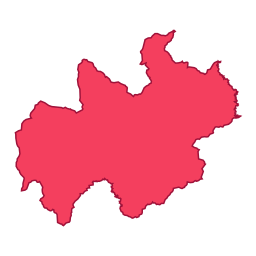 the district of Frontino, Antioquia, Colombia
{"feature_id": "7082276B55933197621379", "entity_name": "Frontino", "entity_type": "district", "adm_level": 2, "iso_a3": "COL", "parent_name": "Colombia", "parent_adm1": "Antioquia", "projection": "mercator", "projection_center": [-76.301, 6.705], "detail": "fine", "context": "isolated", "style": "filled", "palette": "rose", "viewbox_px": 256, "rotation_deg": 0, "n_neighbors": 0, "source": "geoboundaries", "source_scale": "gbopen_adm2", "svg_char_len": 5786}
<svg xmlns="http://www.w3.org/2000/svg" viewBox="0 0 256 256"><path d="M174.1,30.4L173.3,30.5L172.8,31.3L168.8,33.2L167.5,34.9L165.4,35.8L163.7,35.4L161.3,35.4L157.5,33.6L155.0,33.6L152.4,35.9L151.1,37.8L148.2,38.0L145.1,39.6L143.0,47.9L142.3,49.6L140.6,51.5L140.7,52.6L141.9,54.1L142.4,60.6L140.2,64.0L141.9,64.6L146.0,63.0L145.4,65.1L148.9,68.8L148.5,69.6L146.8,70.1L146.4,72.8L148.5,76.6L149.9,77.4L149.5,78.1L151.4,81.0L151.1,83.1L149.3,83.9L148.7,85.0L146.4,86.0L144.2,87.8L142.1,92.5L140.5,94.2L139.4,94.0L137.5,94.9L135.1,94.6L134.4,94.9L133.5,96.5L133.0,96.2L130.6,94.0L127.8,92.8L126.8,92.0L127.3,87.9L126.7,86.9L125.6,86.4L125.4,85.5L120.9,83.7L118.3,82.0L114.0,82.7L111.1,82.2L109.3,78.9L106.5,76.6L105.4,77.2L104.4,74.5L102.8,72.8L100.3,71.4L98.6,71.4L97.0,70.8L95.7,68.1L93.9,66.6L93.0,63.7L92.1,62.7L87.9,61.5L86.7,59.7L85.5,59.9L84.8,59.4L83.5,59.4L82.2,60.4L82.4,61.5L81.5,62.8L78.6,64.8L77.8,69.5L78.9,72.4L78.4,74.1L78.5,76.7L77.5,79.5L78.2,85.0L79.9,89.2L80.2,97.9L79.7,100.4L83.1,104.7L82.1,106.6L82.2,107.7L82.9,108.9L82.3,109.9L76.3,113.0L74.7,110.9L70.7,109.5L70.5,109.0L69.5,109.1L67.0,108.4L65.3,107.3L63.0,108.4L61.7,107.6L51.8,106.6L48.7,105.5L44.8,102.8L40.7,101.1L38.4,103.0L37.8,104.4L35.3,105.2L34.6,108.6L30.8,113.1L30.2,115.4L30.5,116.8L31.4,118.1L26.1,119.5L23.8,121.1L21.9,123.8L21.4,129.9L18.5,130.8L15.4,132.7L15.8,134.2L15.9,138.1L16.8,143.9L17.7,146.1L19.2,147.8L19.9,153.7L19.2,155.9L17.2,159.0L17.2,160.7L16.3,162.4L16.2,166.4L17.9,169.5L19.3,170.5L19.7,172.4L20.9,174.5L23.9,177.5L24.2,178.7L23.0,183.4L23.0,186.5L21.7,188.7L21.5,190.8L25.0,190.1L26.7,188.9L29.0,182.7L30.7,182.2L32.0,180.8L34.4,180.3L36.0,180.4L37.2,182.2L38.6,182.2L39.6,181.6L42.7,187.1L42.2,189.8L42.4,192.1L42.9,193.7L44.1,195.5L43.1,197.3L40.7,198.9L40.0,200.5L41.8,201.8L42.2,203.8L43.3,205.1L43.7,206.8L44.9,208.0L46.8,208.1L47.6,209.4L50.2,210.8L51.8,210.5L52.7,209.4L53.8,209.9L54.0,212.0L54.7,212.7L56.2,213.2L57.1,214.5L57.6,222.5L60.7,224.0L61.9,224.1L62.4,225.0L63.5,225.6L66.2,222.9L69.3,222.1L70.0,221.0L70.4,217.3L71.2,215.5L71.0,213.2L71.8,212.1L71.5,211.1L71.9,208.5L74.0,207.3L73.1,205.5L73.1,204.0L75.1,201.2L77.8,199.0L80.4,195.5L80.2,193.7L82.9,193.7L84.4,191.7L85.6,190.8L87.1,190.4L86.6,188.7L88.3,187.9L89.6,187.9L89.1,185.5L93.1,184.9L93.1,182.8L92.5,182.3L93.2,181.3L95.3,181.5L96.1,180.9L97.0,181.7L97.8,181.2L99.4,181.3L101.8,180.4L102.9,179.1L104.1,179.8L104.7,178.5L106.4,180.0L107.5,179.9L108.1,181.6L108.8,182.4L109.9,182.7L110.6,183.6L112.4,183.6L111.9,184.1L112.4,185.8L111.8,186.6L111.3,186.5L111.3,187.1L112.8,188.6L111.9,189.1L112.2,190.1L111.3,191.2L111.8,191.9L113.1,191.6L113.2,192.6L114.2,192.6L114.7,193.2L114.8,194.5L115.5,194.7L115.8,195.2L115.0,196.6L116.2,197.1L117.6,195.4L117.9,195.9L117.3,197.6L118.2,197.7L119.2,198.5L120.4,198.3L120.9,198.9L120.4,201.3L119.4,201.4L119.8,202.2L119.5,203.0L120.5,203.4L121.0,204.7L122.0,204.9L122.1,205.3L121.8,206.3L120.5,206.3L120.0,208.5L121.2,211.5L122.7,212.3L123.2,214.2L124.7,215.1L127.6,215.6L128.4,216.4L130.4,216.9L132.2,218.1L133.3,217.9L135.4,216.7L136.7,217.5L138.9,216.6L139.3,215.0L141.7,214.0L142.2,212.8L142.3,209.3L145.0,208.5L145.7,206.1L147.8,204.2L148.9,204.6L151.0,203.9L151.9,203.3L152.6,202.0L153.5,203.0L154.9,202.9L156.6,204.5L157.5,204.2L159.8,204.7L161.4,203.4L163.7,203.4L165.2,199.5L167.0,198.0L167.8,196.4L169.9,194.6L170.6,193.1L172.5,191.5L173.2,190.0L173.4,188.4L178.8,187.2L181.4,188.4L182.5,188.4L183.6,187.5L184.5,187.4L184.8,186.4L186.3,185.3L187.0,184.4L187.3,182.0L190.3,182.6L193.0,182.3L195.0,180.7L195.8,180.6L196.1,181.2L196.8,181.2L198.7,180.5L200.1,179.2L202.2,178.9L201.2,177.2L203.3,171.5L202.0,168.7L205.4,164.1L204.5,163.6L204.6,162.2L203.1,160.2L198.6,158.9L198.0,151.5L199.2,149.7L197.4,149.0L196.9,148.2L194.4,147.5L192.2,146.1L192.9,144.3L194.8,141.9L195.8,139.6L198.0,138.9L199.3,139.3L201.4,137.2L204.3,136.7L206.8,136.9L208.1,136.7L210.1,134.1L213.0,133.2L213.4,132.4L213.0,131.8L213.1,130.4L215.1,127.2L216.1,126.8L219.0,127.2L220.2,126.4L222.9,127.0L224.0,125.3L228.5,124.3L230.9,122.4L231.9,121.2L232.2,119.1L233.7,117.9L236.1,118.0L238.6,117.5L240.6,116.1L239.9,115.9L238.3,116.3L237.8,115.2L237.0,115.1L236.5,115.6L236.8,116.4L236.4,117.0L234.6,115.6L235.7,113.9L235.0,113.4L235.1,112.1L236.0,111.8L235.1,109.8L234.3,109.7L234.3,109.1L234.9,108.2L235.8,108.3L235.5,107.4L235.8,105.8L236.6,105.5L237.7,105.8L238.3,105.0L237.8,104.5L237.9,103.8L237.1,103.8L235.9,102.4L235.1,102.2L234.5,101.6L235.8,101.2L236.7,101.4L237.1,100.9L236.2,99.4L235.4,98.9L236.1,98.3L236.1,97.7L235.4,97.2L235.8,96.6L235.6,95.5L234.8,95.8L234.4,95.1L235.1,94.0L236.1,94.6L236.5,94.0L237.0,94.0L236.3,92.7L236.9,92.1L237.4,92.6L237.8,91.9L236.3,90.9L236.1,89.7L235.0,89.4L234.4,90.1L233.8,90.1L232.1,88.0L231.9,86.5L229.7,85.4L229.6,84.6L228.5,84.3L228.8,83.0L227.8,82.2L228.7,80.4L227.5,79.8L227.1,78.9L225.2,79.3L224.6,78.0L223.7,78.9L223.6,77.7L223.1,77.5L223.6,76.9L222.9,76.6L223.3,76.1L222.3,76.2L222.3,75.3L221.4,74.7L221.0,75.1L220.4,74.5L219.9,74.5L220.1,73.5L218.2,71.5L218.0,70.7L218.5,70.4L218.9,69.0L217.6,67.0L218.3,66.2L217.8,65.9L218.0,65.1L216.8,65.4L216.7,65.1L217.7,64.5L218.2,61.8L218.6,62.6L219.9,62.6L220.5,62.2L220.6,61.5L219.3,61.9L218.4,61.3L217.6,61.3L214.5,62.7L213.1,64.4L210.3,69.2L207.6,69.9L206.8,72.9L205.1,74.3L204.4,74.3L204.0,73.5L200.3,72.7L199.3,71.2L197.5,70.5L196.1,68.6L194.3,67.7L189.6,67.0L188.4,67.0L187.5,67.5L187.9,63.4L187.8,62.6L187.3,62.3L186.0,62.3L184.0,63.0L182.7,62.2L182.3,61.3L181.3,62.2L178.5,62.9L175.5,63.1L172.1,60.0L171.8,58.3L170.6,56.7L170.8,56.1L169.1,54.4L169.0,53.7L167.2,51.9L164.6,50.6L164.4,48.2L165.0,47.4L165.0,45.8L166.8,44.5L167.6,42.5L169.4,41.8L171.2,40.3L171.4,39.1L172.8,37.4L173.4,34.6L173.3,32.7L175.2,31.4L174.1,30.4Z" fill="#f43f5e" stroke="#9f1239" stroke-width="1.5"/></svg>